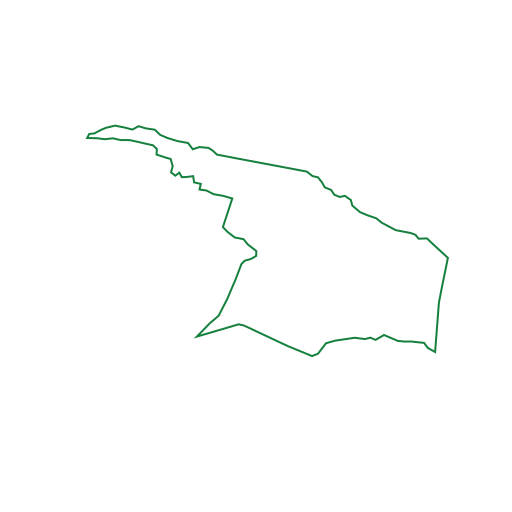 Palmeirina, Pernambuco, Brazil (Mercator projection), rotated 205°
{"feature_id": "56859067B2059409323085", "entity_name": "Palmeirina", "entity_type": "district", "adm_level": 2, "iso_a3": "BRA", "parent_name": "Brazil", "parent_adm1": "Pernambuco", "projection": "mercator", "projection_center": [-36.237, -8.996], "detail": "fine", "context": "isolated", "style": "outline", "palette": "green", "viewbox_px": 512, "rotation_deg": 205, "n_neighbors": 0, "source": "geoboundaries", "source_scale": "gbopen_adm2", "svg_char_len": 1440}
<svg xmlns="http://www.w3.org/2000/svg" viewBox="0 0 512 512"><g transform="rotate(205 256 256)"><path d="M162.9,189.0L158.5,193.7L155.7,206.5L148.4,212.8L132.0,223.6L122.1,226.8L117.9,230.3L112.2,230.5L106.6,238.5L91.6,239.0L84.8,241.4L79.7,243.9L66.9,248.3L61.5,245.3L53.1,244.7L70.5,291.0L73.4,302.5L81.3,335.4L89.8,338.1L100.5,341.5L108.5,344.2L115.9,340.4L120.4,342.6L125.5,342.2L140.2,338.5L156.2,339.3L163.0,341.0L172.4,340.0L180.3,339.7L190.0,342.4L193.7,346.8L200.9,348.1L205.0,344.9L210.9,344.6L215.9,347.6L222.7,347.3L227.3,350.6L233.1,353.5L238.5,352.3L245.5,354.0L312.0,337.0L334.3,331.4L339.6,333.2L344.7,333.9L353.2,330.9L358.4,326.0L365.4,329.7L375.6,327.0L386.1,325.5L394.1,325.3L401.1,327.7L409.8,325.1L417.3,324.0L421.4,318.4L429.8,316.8L438.8,314.6L446.1,308.8L449.7,304.9L454.3,298.8L458.7,296.1L458.9,291.6L449.7,295.6L442.5,297.9L435.4,302.2L427.9,303.8L419.6,307.6L411.9,309.4L404.2,311.0L396.2,312.8L391.1,311.1L389.0,305.9L378.8,307.1L374.4,307.9L369.4,302.1L368.4,295.9L363.1,294.7L360.7,299.1L356.6,296.1L352.6,298.1L346.7,301.8L343.2,296.6L336.5,298.0L335.3,292.4L328.7,294.4L320.5,294.1L311.3,296.6L301.8,298.1L298.2,268.2L292.0,265.8L283.0,263.8L274.5,266.0L268.2,263.0L257.8,260.6L255.9,256.1L259.4,251.1L264.3,246.9L265.8,242.5L264.6,226.1L264.3,215.6L263.9,205.4L264.6,186.2L269.4,175.6L275.5,158.0L242.8,186.8L237.7,187.9L189.3,187.8L162.9,189.0Z" fill="none" stroke="#15803d" stroke-width="2"/></g></svg>